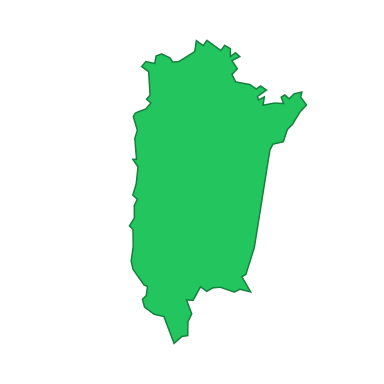 outline of Washington, Texas, United States of America, rotated 288°
{"feature_id": "52423323B15750525116760", "entity_name": "Washington", "entity_type": "district", "adm_level": 2, "iso_a3": "USA", "parent_name": "United States of America", "parent_adm1": "Texas", "projection": "albers", "projection_center": [-96.362, 30.222], "detail": "fine", "context": "isolated", "style": "filled", "palette": "green", "viewbox_px": 384, "rotation_deg": 288, "n_neighbors": 0, "source": "geoboundaries", "source_scale": "gbopen_adm2", "svg_char_len": 1273}
<svg xmlns="http://www.w3.org/2000/svg" viewBox="0 0 384 384"><g transform="rotate(288 192 192)"><path d="M115.1,278.6L126.8,265.6L130.3,268.7L158.6,268.4L256.0,253.1L262.5,254.2L268.0,263.3L281.0,263.4L287.2,266.6L301.6,270.0L310.2,274.0L315.8,266.0L321.0,265.6L316.9,258.8L310.6,255.5L313.0,250.2L309.8,247.5L304.5,251.8L301.9,242.5L296.5,232.8L304.8,231.4L300.1,226.8L303.0,224.7L312.0,231.3L314.0,224.4L309.8,221.3L312.1,213.9L310.2,199.5L316.1,193.7L323.2,197.0L329.3,189.4L335.5,195.6L337.9,190.4L332.8,186.7L340.2,184.2L341.5,177.7L335.4,175.8L340.9,159.3L334.7,157.4L337.3,149.4L326.4,151.2L312.0,139.2L309.6,133.6L312.8,129.5L313.9,120.4L310.3,115.8L302.7,116.9L301.8,107.8L295.7,105.4L293.0,113.6L271.1,122.2L266.2,120.1L264.0,125.4L256.8,122.5L251.2,115.5L249.1,113.5L245.4,113.0L233.8,121.0L225.4,121.0L206.0,129.1L204.8,125.6L199.2,132.9L182.6,136.4L170.7,136.7L168.3,142.2L161.3,141.3L149.5,145.2L140.4,143.0L138.1,147.5L122.1,152.9L107.4,155.5L100.2,159.9L88.6,175.3L88.5,178.8L79.3,180.5L74.7,178.0L67.9,182.4L64.0,193.7L64.9,203.8L42.5,221.7L51.5,227.1L54.1,232.3L67.4,228.2L76.0,229.4L87.7,220.0L89.3,226.5L104.5,229.4L102.0,236.8L107.3,241.4L110.2,248.4L109.9,263.2L114.3,267.6L115.1,278.6Z" fill="#22c55e" stroke="#15803d" stroke-width="1.5"/></g></svg>